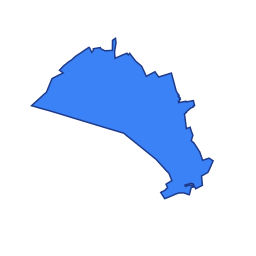 outline of Santo Domingo, San Luis Potosí, Mexico, rotated 238°
{"feature_id": "50627088B7585630413925", "entity_name": "Santo Domingo", "entity_type": "district", "adm_level": 2, "iso_a3": "MEX", "parent_name": "Mexico", "parent_adm1": "San Luis Potosí", "projection": "orthographic", "projection_center": [-101.913, 23.412], "detail": "fine", "context": "isolated", "style": "filled", "palette": "blue", "viewbox_px": 256, "rotation_deg": 238, "n_neighbors": 0, "source": "geoboundaries", "source_scale": "gbopen_adm2", "svg_char_len": 4466}
<svg xmlns="http://www.w3.org/2000/svg" viewBox="0 0 256 256"><g transform="rotate(238 128 128)"><path d="M151.6,193.9L153.4,187.2L155.0,181.1L160.0,180.7L161.4,180.7L162.2,170.9L167.4,171.6L173.1,172.3L174.6,171.8L180.7,169.9L183.7,169.6L190.4,169.0L190.0,167.7L189.8,166.9L192.0,166.7L192.1,166.0L192.8,162.1L193.4,157.9L194.0,154.0L195.4,154.8L195.6,154.7L199.9,157.1L206.6,163.0L210.7,164.9L210.7,163.1L210.5,161.3L202.1,155.9L204.1,152.3L205.7,149.4L209.2,147.1L210.9,147.1L213.6,140.6L212.0,139.6L211.4,137.3L216.5,137.9L217.1,137.5L217.0,134.7L217.0,133.4L216.9,131.0L216.8,129.9L216.8,128.7L216.7,126.9L216.7,125.2L216.6,123.5L216.6,122.4L216.6,121.4L215.6,116.1L215.6,114.0L215.6,113.2L215.5,111.8L214.7,105.8L213.3,100.5L209.0,102.2L209.6,96.7L210.0,91.3L210.1,91.1L210.1,90.9L210.1,89.7L204.7,82.2L201.6,77.9L201.2,76.2L201.3,75.8L201.3,75.5L201.2,75.3L198.4,60.1L198.0,58.0L197.9,58.1L197.7,58.3L197.2,58.8L196.0,59.9L195.3,60.5L194.9,60.9L194.5,61.2L192.6,62.9L191.2,64.1L189.6,65.6L189.1,66.0L188.8,66.3L188.5,66.7L188.2,67.0L187.9,67.2L187.3,67.7L187.0,68.0L186.7,68.3L185.3,69.6L183.6,71.1L181.9,72.6L177.0,76.9L170.0,83.0L164.8,87.5L161.4,90.5L157.8,93.6L156.8,94.5L155.7,95.5L155.1,96.0L154.5,96.5L153.3,97.6L151.2,99.4L150.6,100.0L150.2,100.3L149.8,100.7L149.3,101.1L148.4,101.9L147.9,102.3L147.5,102.6L145.0,104.8L144.7,105.2L143.8,105.9L143.2,106.4L141.9,107.5L139.8,109.4L139.1,110.0L138.4,110.6L137.2,111.7L136.6,112.2L136.3,112.5L134.6,114.0L125.8,121.7L121.5,123.1L115.0,125.4L105.7,128.6L96.1,131.9L86.3,135.3L86.0,135.3L81.1,136.2L76.5,137.0L71.5,137.9L67.9,138.7L67.4,138.6L66.2,138.4L65.7,138.3L61.7,137.6L60.2,137.4L60.2,130.5L56.4,130.0L56.1,128.1L56.0,127.6L55.8,126.9L55.7,126.3L55.6,125.7L56.0,122.3L56.0,121.6L48.6,121.7L47.9,125.3L47.5,128.0L47.3,129.5L46.6,133.9L46.5,134.2L46.0,136.6L45.2,137.9L44.4,139.3L43.6,140.7L43.3,141.0L40.5,143.3L40.3,143.4L40.2,143.4L38.9,144.7L39.2,145.0L41.0,146.9L42.9,148.9L43.2,149.2L43.6,149.6L44.1,150.1L43.3,152.1L43.5,152.1L43.8,152.1L44.2,152.0L44.3,152.0L44.5,152.0L44.8,152.0L45.0,152.0L45.3,152.0L45.5,151.6L45.8,151.9L45.9,151.6L46.0,151.5L46.0,151.4L46.1,151.1L46.3,150.9L46.4,150.6L46.5,150.2L47.1,149.8L47.1,149.7L47.2,149.4L47.2,149.2L47.3,149.0L47.3,148.9L47.4,148.7L47.5,148.3L47.5,148.2L47.6,147.7L47.7,147.4L47.8,147.1L47.9,146.9L47.9,146.7L48.0,146.4L48.0,146.2L48.1,145.9L48.1,145.7L48.3,145.7L48.5,145.7L48.5,145.8L48.8,145.8L49.0,145.8L49.3,145.9L49.6,145.6L49.3,146.6L48.9,147.9L48.8,148.2L48.4,149.6L48.3,150.0L48.2,150.4L48.0,151.0L47.9,151.3L47.7,151.9L47.6,152.0L47.5,152.5L46.9,153.0L46.1,153.6L45.4,153.6L44.4,153.5L42.7,153.4L41.3,153.3L40.6,153.2L40.6,153.3L40.5,154.1L40.5,154.6L40.4,155.1L40.4,155.5L40.3,156.6L40.3,157.6L40.2,157.9L40.2,158.2L40.2,158.7L40.1,159.0L40.1,159.6L40.1,159.9L40.0,160.3L40.0,160.8L42.9,162.2L44.1,162.8L44.9,163.2L47.5,164.5L48.3,164.9L48.3,165.0L48.1,170.4L48.0,171.5L48.0,172.1L49.9,175.3L51.2,177.1L51.6,177.7L51.8,178.1L52.5,179.1L53.4,180.3L53.5,180.5L53.9,181.1L54.3,181.6L54.7,182.3L55.0,182.8L59.5,180.7L61.0,174.2L69.6,176.1L80.4,176.0L83.7,174.9L87.4,179.1L90.4,179.8L90.7,179.7L95.7,181.1L96.6,177.2L102.9,180.1L110.0,183.3L110.0,183.6L110.0,183.9L110.0,184.0L109.9,184.3L110.0,184.5L110.2,184.8L110.3,185.1L110.5,185.2L110.6,185.3L110.3,185.9L110.5,186.1L110.6,186.3L110.9,187.0L111.1,187.4L111.1,187.7L111.1,188.1L111.1,188.6L111.2,188.8L111.3,188.9L111.3,189.2L111.3,189.5L111.4,189.8L111.5,190.1L111.5,190.4L111.6,190.6L111.6,191.0L111.6,191.7L111.6,191.9L111.6,192.2L111.6,192.3L111.6,192.5L111.4,193.2L111.4,193.5L111.3,194.3L111.5,194.3L111.5,194.7L111.7,194.9L111.8,194.9L111.6,195.6L111.8,196.3L112.3,196.1L112.5,196.3L112.6,196.5L112.8,196.8L113.6,196.9L116.6,198.0L119.3,191.1L120.0,191.3L122.6,184.4L122.8,184.5L122.9,184.8L123.0,184.9L123.2,184.7L123.4,184.7L123.5,184.5L123.4,184.4L123.6,184.5L123.8,184.9L123.8,185.0L123.7,185.0L123.7,185.3L123.7,185.5L123.7,185.8L123.8,185.8L124.1,185.7L124.1,185.9L124.3,186.3L124.2,186.3L124.3,186.6L124.5,187.2L124.6,187.6L125.1,187.5L125.3,187.5L125.4,187.4L125.6,187.8L125.7,187.7L125.9,188.1L126.2,188.0L127.3,187.4L127.5,187.4L127.8,187.4L128.3,187.4L128.1,188.4L128.4,188.4L128.7,188.4L129.1,188.5L129.7,188.3L129.7,188.6L130.0,188.6L130.3,188.5L130.6,188.4L130.9,188.3L133.8,188.5L134.8,188.8L135.0,188.8L135.9,189.1L136.3,189.2L136.4,189.3L136.9,189.4L138.2,189.8L143.0,191.3L150.0,193.4L151.6,193.9Z" fill="#3b82f6" stroke="#1e3a8a" stroke-width="1.5"/></g></svg>